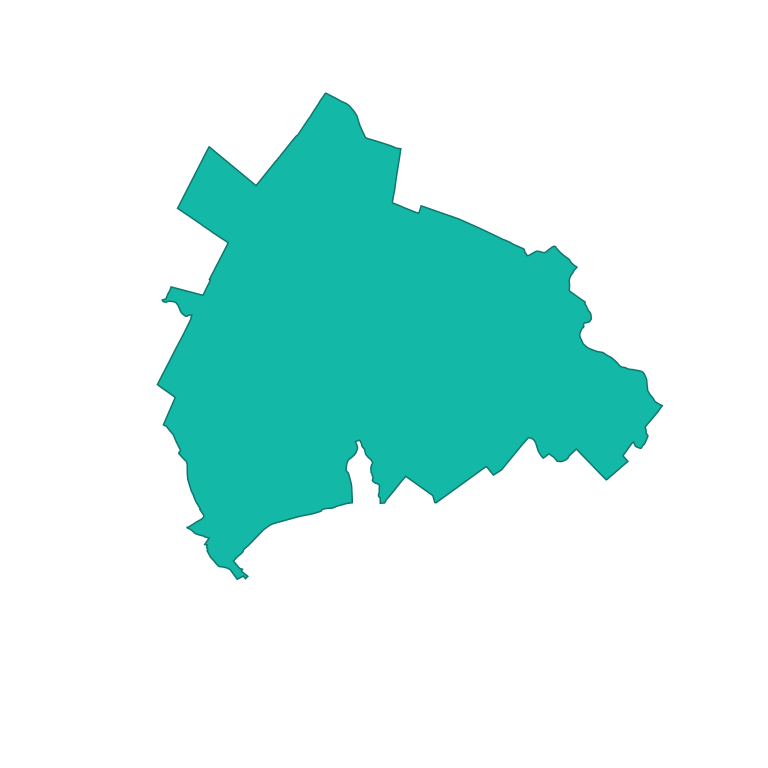 Gaesti, Dâmbovita, Romania (Equal Earth projection), rotated 205°
{"feature_id": "2599482B24662006663343", "entity_name": "Gaesti", "entity_type": "district", "adm_level": 2, "iso_a3": "ROU", "parent_name": "Romania", "parent_adm1": "Dâmbovita", "projection": "equal_earth", "projection_center": [25.308, 44.722], "detail": "fine", "context": "isolated", "style": "filled", "palette": "teal", "viewbox_px": 768, "rotation_deg": 205, "n_neighbors": 0, "source": "geoboundaries", "source_scale": "gbopen_adm2", "svg_char_len": 6159}
<svg xmlns="http://www.w3.org/2000/svg" viewBox="0 0 768 768"><g transform="rotate(205 384 384)"><path d="M642.7,525.1L643.0,520.6L645.3,456.7L645.4,456.0L617.8,451.5L614.6,450.8L611.1,450.3L606.0,449.5L605.0,449.2L602.8,448.8L588.2,446.7L584.8,446.1L586.4,405.8L586.4,404.8L585.2,404.8L585.6,387.9L618.0,382.0L617.7,379.4L617.7,376.8L617.9,374.7L617.8,371.8L617.7,368.9L620.5,366.4L619.8,365.8L618.4,365.4L617.1,365.7L616.0,366.1L614.6,367.7L611.7,369.0L608.8,369.8L607.8,369.9L606.5,369.6L603.9,368.2L602.5,367.0L599.6,364.3L598.5,363.4L597.5,362.9L595.3,362.1L593.1,361.7L592.0,361.6L591.0,362.4L590.2,363.7L589.1,364.6L587.4,365.3L587.2,363.8L586.5,360.6L586.8,344.3L587.7,327.1L588.1,314.0L588.8,297.9L589.1,287.7L584.4,286.7L571.0,284.3L567.7,283.6L567.5,283.1L566.7,253.7L564.0,253.7L562.5,253.4L560.7,252.3L557.6,250.8L554.8,249.6L553.2,248.7L548.1,244.0L545.7,242.1L540.7,238.2L540.3,237.4L540.4,236.7L540.8,236.0L540.9,235.5L540.7,234.3L539.4,233.7L533.0,231.1L530.1,230.2L528.0,227.2L525.1,221.1L523.5,218.0L521.3,214.3L520.1,213.1L516.8,209.3L516.0,208.5L515.3,207.7L514.1,206.3L511.6,204.1L509.9,202.8L507.9,200.7L505.2,198.3L504.0,197.4L499.6,194.4L497.6,193.2L498.0,192.6L491.6,188.6L491.3,187.1L491.5,186.0L492.1,184.8L492.6,183.9L495.7,179.6L498.3,175.4L500.6,171.9L501.0,171.5L501.9,170.9L501.6,170.5L501.0,170.4L499.7,170.5L497.2,170.3L492.0,168.7L488.3,169.0L483.4,169.9L481.8,169.7L477.4,170.5L478.7,162.7L476.1,163.4L475.8,161.0L474.9,160.2L474.1,159.9L473.7,159.3L473.9,158.2L468.6,154.1L467.8,153.6L466.0,152.9L463.6,151.9L461.4,150.8L457.7,149.2L456.0,148.9L453.1,150.0L448.7,150.9L445.0,150.8L434.5,145.0L430.3,150.4L427.2,149.0L426.1,152.2L430.0,153.0L433.5,154.0L434.1,154.3L434.3,154.7L433.9,155.6L433.9,156.3L436.3,156.0L437.2,156.1L438.3,156.4L442.6,158.6L445.6,159.8L444.0,165.1L441.4,170.7L440.9,172.4L441.2,174.4L440.6,176.1L438.7,180.3L431.5,201.1L428.6,206.4L426.2,209.8L421.8,213.7L404.5,228.4L394.8,235.5L391.4,238.3L387.4,242.0L387.0,244.0L386.2,244.9L382.7,247.4L378.5,249.6L374.1,254.2L367.2,260.0L362.6,263.0L363.7,265.4L370.0,277.5L372.8,281.4L377.7,287.2L379.1,288.5L381.3,289.2L382.1,290.2L383.5,294.2L384.1,296.5L384.3,299.6L383.7,301.2L382.3,303.8L381.0,307.0L380.5,308.6L380.4,309.8L380.7,314.1L381.5,315.8L382.9,317.4L384.5,318.8L385.7,319.6L383.2,322.1L382.3,322.8L379.0,320.3L378.4,319.0L376.5,317.6L374.3,316.8L370.8,312.5L367.7,311.0L363.8,309.8L361.2,308.1L360.8,306.9L361.1,305.5L360.6,302.6L358.1,298.1L356.7,297.5L356.1,296.2L354.8,295.2L354.0,293.4L353.9,292.3L353.6,291.4L352.0,290.8L349.9,290.5L348.2,290.9L345.9,290.5L344.8,289.5L344.4,287.7L342.5,284.0L342.4,282.4L342.1,281.0L341.1,279.7L339.4,279.3L337.0,274.3L333.1,276.5L333.0,280.1L331.6,284.8L329.9,291.4L327.4,301.8L327.1,303.1L325.2,309.5L292.6,303.5L287.8,298.0L286.6,298.4L259.2,347.6L256.3,352.5L246.3,347.7L241.2,355.7L233.0,387.8L230.6,395.7L230.3,396.5L227.4,397.2L224.0,396.4L221.9,395.0L215.6,388.2L213.3,386.6L211.2,385.3L208.4,384.1L207.2,386.1L204.8,390.7L203.4,390.1L199.0,389.4L194.5,387.2L191.1,388.3L189.2,389.7L187.0,392.3L186.0,394.5L185.8,397.1L183.9,401.8L182.2,406.4L176.5,404.1L164.3,399.5L155.3,396.0L142.2,391.1L142.1,391.3L141.6,391.6L141.2,392.4L141.1,392.7L140.2,394.7L140.2,394.8L137.8,400.0L132.3,412.4L130.2,417.0L137.1,419.9L134.4,434.3L133.9,436.3L133.4,436.8L130.1,434.1L129.1,433.7L124.5,434.0L123.8,434.5L123.6,435.7L123.7,437.2L122.6,439.2L122.6,443.8L122.7,447.5L122.9,448.6L124.1,449.3L125.7,450.3L127.2,453.3L127.3,453.4L128.8,454.8L129.1,455.7L123.9,474.9L123.2,479.1L122.6,482.0L123.7,482.0L126.0,482.0L130.5,482.6L131.2,482.8L132.1,483.4L133.5,484.5L136.7,486.1L138.3,486.8L142.0,489.3L142.7,490.2L143.4,491.6L144.8,493.7L147.1,497.8L148.1,499.3L152.3,503.1L153.2,503.6L154.0,504.0L154.9,504.2L157.0,504.1L158.4,503.8L164.7,502.2L167.8,501.1L168.5,500.9L169.9,500.8L172.1,500.8L172.7,500.7L175.0,500.0L175.6,499.9L177.3,499.9L177.8,500.0L178.8,500.4L181.0,501.5L182.8,502.2L187.0,503.5L190.2,504.2L192.4,504.1L194.9,504.4L197.5,504.9L199.2,505.0L203.5,503.8L206.2,503.3L210.4,503.0L214.4,502.9L217.8,503.7L220.6,504.7L223.9,507.6L225.6,509.0L227.1,510.6L227.7,512.3L227.9,514.3L228.0,518.1L228.0,518.6L227.4,519.1L227.1,519.4L227.1,519.9L227.2,520.5L227.6,521.1L228.2,522.0L228.4,523.0L228.3,523.7L227.9,524.2L227.4,524.4L225.0,526.3L224.5,526.8L224.2,527.3L223.9,527.9L223.6,530.4L225.1,533.2L225.7,534.0L226.0,534.6L226.5,535.2L228.1,536.2L230.2,537.2L230.6,537.5L232.5,539.2L234.1,540.5L235.8,541.6L236.0,542.0L236.1,542.6L236.3,543.2L236.9,543.4L237.9,543.6L239.9,543.8L241.3,544.0L242.2,544.2L250.9,545.9L254.6,546.6L255.7,547.2L257.7,552.3L259.7,555.6L260.5,558.6L260.5,561.2L259.8,565.4L259.8,567.2L258.7,570.3L258.5,571.5L261.7,571.9L265.9,573.2L268.1,574.8L268.9,575.1L269.7,575.4L274.6,576.3L276.6,576.8L279.7,577.7L281.0,578.2L282.4,578.8L284.5,579.7L286.1,580.6L287.1,581.0L287.5,580.9L288.0,580.8L289.2,579.5L289.6,578.9L293.3,571.7L293.6,571.3L294.5,570.7L295.0,570.5L295.8,570.3L298.9,569.9L301.4,569.1L302.2,568.4L302.8,567.8L306.5,562.5L307.1,561.8L308.0,561.0L308.9,561.0L309.3,561.5L311.4,562.7L312.3,563.4L312.9,564.1L313.5,565.1L313.8,565.3L314.3,565.4L315.3,565.5L324.7,565.3L326.8,565.2L327.4,565.5L329.3,565.6L333.3,565.6L338.7,565.3L343.0,565.4L361.6,565.6L384.5,565.2L385.7,565.2L410.4,562.7L425.6,561.2L424.9,555.8L424.8,553.3L426.3,553.2L428.8,553.0L429.2,552.8L429.5,552.9L433.6,552.7L440.4,552.3L445.4,552.2L450.0,552.0L451.5,551.7L452.4,551.7L453.1,552.1L453.4,553.0L455.3,559.9L456.0,563.1L456.9,566.2L459.1,572.9L466.0,597.0L468.2,604.3L471.0,603.4L472.4,603.0L478.2,602.8L491.4,601.2L499.8,600.0L501.6,599.6L503.1,599.5L505.2,599.6L505.4,599.9L505.5,600.0L510.8,604.4L515.3,608.3L521.8,615.5L526.0,618.3L532.7,621.4L536.5,622.2L543.3,622.2L548.3,622.6L559.6,623.0L560.0,622.4L560.2,621.7L560.3,620.5L561.4,614.5L561.6,612.7L561.8,610.0L562.6,604.8L563.6,597.6L563.8,595.0L564.5,591.8L565.5,585.5L567.4,572.9L567.6,572.4L568.1,572.1L568.4,571.3L570.4,563.7L572.4,555.2L573.1,552.7L573.5,551.1L574.0,549.1L574.5,546.2L574.7,545.7L574.8,545.1L575.1,544.5L575.8,541.0L576.1,540.8L583.8,509.7L642.7,525.1Z" fill="#14b8a6" stroke="#0f766e" stroke-width="1.5"/></g></svg>